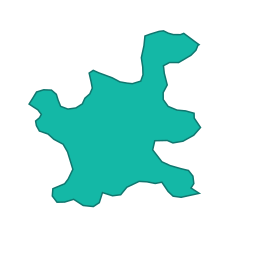 the district of Goryeong-gun, North Gyeongsang, South Korea, rotated 343°
{"feature_id": "91817680B88985387415210", "entity_name": "Goryeong-gun", "entity_type": "district", "adm_level": 2, "iso_a3": "KOR", "parent_name": "South Korea", "parent_adm1": "North Gyeongsang", "projection": "mercator", "projection_center": [128.316, 35.727], "detail": "fine", "context": "isolated", "style": "filled", "palette": "teal", "viewbox_px": 256, "rotation_deg": 343, "n_neighbors": 0, "source": "geoboundaries", "source_scale": "gbopen_adm2", "svg_char_len": 1327}
<svg xmlns="http://www.w3.org/2000/svg" viewBox="0 0 256 256"><g transform="rotate(343 128 128)"><path d="M220.3,69.1L217.0,64.7L209.0,53.8L205.5,54.1L198.6,51.9L194.2,49.1L190.4,45.5L186.0,44.7L176.6,44.7L171.1,45.0L167.3,54.0L161.3,64.7L159.9,74.1L157.9,81.5L153.9,86.9L145.2,86.9L140.4,84.9L133.7,81.5L127.7,75.5L121.6,70.8L116.3,66.8L111.6,62.7L106.9,64.1L106.2,73.5L105.5,79.5L101.5,84.2L95.5,86.9L91.4,91.6L84.0,93.6L76.0,92.3L69.9,87.6L69.3,80.9L69.3,74.8L65.9,69.4L58.5,66.8L51.1,66.8L45.8,71.5L40.4,76.2L43.7,80.2L47.1,84.2L49.1,89.6L46.4,92.3L41.7,94.3L41.5,95.7L41.1,99.0L42.4,105.0L49.8,110.4L53.8,117.1L61.2,124.5L63.2,133.2L63.2,144.0L63.2,151.4L55.8,159.4L51.1,162.8L38.4,164.1L35.7,170.9L38.4,178.2L45.8,180.3L55.2,180.3L62.5,189.0L71.9,193.0L78.7,191.0L84.7,182.3L93.4,188.3L101.5,189.7L109.6,184.3L123.0,182.3L130.4,185.0L137.8,189.0L144.5,189.7L147.8,200.4L151.2,206.4L158.6,209.8L177.0,211.3L170.7,203.8L174.7,200.4L176.0,193.0L173.4,186.3L166.6,182.3L157.2,176.2L150.5,170.2L145.2,156.1L149.9,148.0L161.9,151.4L166.6,155.4L176.7,156.7L188.8,154.1L197.5,148.7L194.2,137.9L195.5,133.2L188.1,128.5L180.1,125.2L172.7,119.1L170.0,111.1L172.0,104.4L178.1,98.3L178.7,86.2L180.1,78.8L186.8,77.5L195.5,80.2L209.6,76.8L215.7,73.5L219.0,69.4L220.3,69.1Z" fill="#14b8a6" stroke="#0f766e" stroke-width="1.5"/></g></svg>